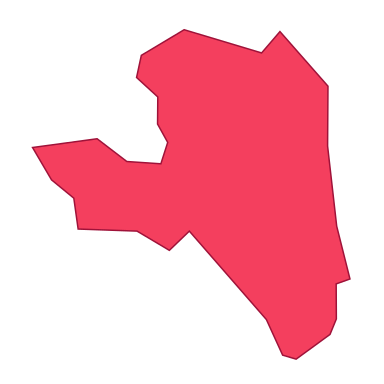 the Metropolitan Borough of St Helens, rotated 182°
{"feature_id": "GBR-5669", "entity_name": "St Helens", "entity_type": "Metropolitan Borough", "adm_level": 1, "iso_a3": "GBR", "parent_name": "United Kingdom", "parent_adm1": "", "projection": "mercator", "projection_center": [-2.702, 53.453], "detail": "fine", "context": "isolated", "style": "filled", "palette": "rose", "viewbox_px": 384, "rotation_deg": 182, "n_neighbors": 0, "source": "natural_earth", "source_scale": "10m", "svg_char_len": 505}
<svg xmlns="http://www.w3.org/2000/svg" viewBox="0 0 384 384"><g transform="rotate(182 192 192)"><path d="M205.5,353.9L127.3,333.4L109.7,355.4L59.8,302.5L58.1,242.7L46.2,162.9L31.1,110.6L44.7,105.2L43.3,70.2L49.1,54.5L82.1,28.6L95.7,32.1L113.2,67.1L193.3,152.8L212.6,132.9L245.6,151.0L304.5,151.0L309.9,181.7L332.8,199.2L352.9,230.9L288.7,241.9L258.2,220.2L224.1,219.1L218.0,240.7L228.8,258.7L229.5,285.8L251.4,304.5L247.4,326.8L205.5,353.9Z" fill="#f43f5e" stroke="#9f1239" stroke-width="1.5"/></g></svg>